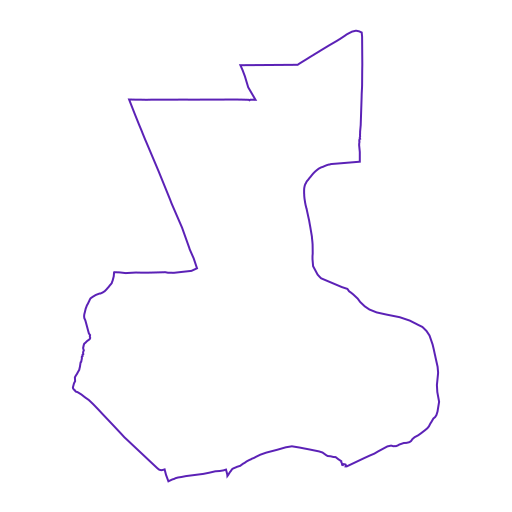 Kota Tanjung Balai, Sumatera Utara, Indonesia
{"feature_id": "22746128B91306693093612", "entity_name": "Kota Tanjung Balai", "entity_type": "district", "adm_level": 2, "iso_a3": "IDN", "parent_name": "Indonesia", "parent_adm1": "Sumatera Utara", "projection": "mercator", "projection_center": [99.797, 2.973], "detail": "fine", "context": "isolated", "style": "outline", "palette": "violet", "viewbox_px": 512, "rotation_deg": 0, "n_neighbors": 0, "source": "geoboundaries", "source_scale": "gbopen_adm2", "svg_char_len": 5792}
<svg xmlns="http://www.w3.org/2000/svg" viewBox="0 0 512 512"><path d="M298.1,64.5L297.6,64.8L240.4,65.2L242.6,70.2L244.9,76.3L248.2,87.3L255.5,99.8L250.4,99.7L249.5,100.3L248.7,99.8L241.1,99.6L233.2,99.5L219.9,99.6L211.0,99.6L204.7,99.6L190.1,99.7L186.8,99.6L185.8,99.6L162.6,99.7L157.4,99.7L155.0,99.7L150.4,99.7L146.5,99.8L141.7,99.7L136.8,99.7L133.5,99.6L129.1,99.5L134.7,113.8L139.0,124.5L142.0,131.7L142.6,133.3L145.5,140.4L145.8,141.0L158.7,171.5L170.1,199.6L171.5,203.3L181.9,227.3L182.0,227.5L189.2,247.7L189.7,249.3L191.4,253.2L193.7,258.4L197.0,268.3L191.4,270.9L191.2,270.9L181.1,272.0L174.0,272.8L167.8,272.7L165.3,272.2L150.9,272.6L145.7,272.7L137.6,272.6L136.4,272.5L125.6,273.1L119.7,272.4L114.2,272.2L114.1,272.3L113.7,276.6L113.4,277.5L113.4,277.8L113.2,278.4L112.6,280.7L112.2,281.6L111.7,283.2L111.2,283.8L111.0,284.1L109.9,285.3L108.7,286.9L107.6,288.1L106.4,289.5L105.1,290.8L104.6,291.3L103.4,292.0L102.7,292.5L100.7,293.4L100.5,293.5L99.6,293.5L98.3,294.0L97.2,294.4L96.7,294.6L95.5,295.1L94.1,296.0L93.5,296.3L92.0,297.3L90.6,298.3L89.9,299.4L89.3,300.8L88.6,302.2L87.9,303.7L86.9,305.4L86.4,306.8L85.7,308.6L85.3,310.3L85.1,311.0L85.0,311.6L84.6,313.1L84.3,314.3L84.1,316.1L84.3,318.1L85.3,320.3L85.9,322.4L88.2,331.0L88.9,333.5L90.1,335.1L89.8,336.2L90.0,337.1L90.2,337.9L89.9,338.8L89.1,339.6L88.5,340.1L88.1,340.3L87.7,340.6L87.2,341.0L86.6,341.5L85.5,342.7L85.2,342.9L84.2,343.7L84.0,344.6L83.7,345.2L83.6,345.3L83.6,345.6L83.6,346.1L83.4,346.6L83.3,346.9L83.3,347.4L83.1,347.9L83.2,348.4L83.4,349.2L83.5,349.5L83.7,349.9L83.7,350.0L83.8,350.5L83.6,350.8L83.2,351.9L83.1,352.3L83.1,353.3L83.3,354.1L83.2,354.2L83.0,354.4L82.9,354.5L82.5,354.8L82.5,355.4L82.6,356.1L82.3,356.4L82.1,356.5L81.9,356.6L81.8,357.0L81.8,357.5L81.9,358.1L81.8,359.0L81.6,359.7L81.3,361.4L81.1,362.0L80.7,362.2L80.5,362.9L79.9,367.0L79.8,367.3L79.7,367.7L79.2,369.9L77.5,372.8L77.3,373.4L75.9,375.5L74.9,377.3L75.1,381.2L74.0,383.3L73.9,383.7L72.9,387.4L73.0,387.8L73.1,388.5L74.2,389.9L75.0,390.4L75.2,391.0L75.4,391.2L76.0,391.7L77.5,392.1L81.4,394.5L84.3,396.8L85.9,398.0L86.7,398.5L87.2,398.9L88.7,399.9L92.9,403.9L93.5,404.5L98.9,410.1L102.4,413.9L113.6,425.7L121.2,433.8L124.4,437.3L127.0,439.7L157.1,468.0L158.9,469.5L159.9,469.9L161.4,470.2L163.0,469.9L164.6,469.4L166.0,474.8L168.4,481.3L172.4,479.4L174.2,478.9L175.5,478.2L178.0,477.5L181.4,477.0L185.9,476.1L197.7,474.6L203.3,473.9L209.3,472.7L215.3,471.3L219.8,471.0L223.4,470.4L226.0,469.6L226.2,470.4L226.4,471.2L226.7,472.2L226.9,473.0L227.1,473.9L227.3,474.7L227.4,476.0L228.3,474.8L228.8,473.9L229.5,472.8L230.0,472.0L230.8,471.1L231.3,470.3L231.8,469.6L232.3,469.0L232.8,468.7L233.5,468.3L234.4,468.0L235.2,467.6L236.0,467.3L236.8,466.9L238.0,466.5L239.6,466.0L240.3,465.8L241.0,465.2L241.7,464.7L243.2,463.6L244.4,463.0L245.3,462.4L246.2,461.7L247.0,461.2L249.7,459.8L250.3,459.6L250.8,459.4L251.4,459.0L251.9,458.7L253.8,458.0L254.8,457.5L255.6,457.0L260.3,454.7L264.0,453.4L266.3,452.6L277.1,449.8L285.8,447.3L291.9,446.3L299.9,447.6L303.9,448.4L307.1,449.0L310.2,449.6L319.0,451.4L322.5,452.5L326.1,455.1L327.6,456.0L330.7,456.3L333.4,457.0L335.6,457.1L338.3,459.2L341.3,461.2L341.3,462.2L342.0,463.5L342.1,464.8L342.9,465.1L343.7,464.1L345.5,464.5L345.9,465.2L345.9,465.3L345.6,466.4L346.7,466.4L350.1,464.8L364.2,458.1L369.9,455.5L374.4,453.6L378.1,451.4L387.4,446.4L391.1,445.6L393.3,446.2L396.1,446.1L397.7,445.5L399.4,444.5L400.9,444.0L403.8,443.0L406.3,442.9L408.5,442.4L409.4,442.1L409.5,442.1L411.1,441.0L412.4,439.1L414.6,437.2L418.2,435.3L421.4,433.0L421.9,432.6L424.9,430.3L427.3,428.3L428.9,426.4L430.1,424.0L430.8,422.8L431.0,422.6L433.4,418.5L435.1,417.1L436.4,415.1L437.5,411.6L439.1,401.8L437.3,392.0L436.9,385.0L438.0,374.1L438.1,372.5L437.6,366.8L435.3,356.5L435.3,356.3L434.8,354.2L433.8,349.5L433.4,347.8L433.3,347.4L432.6,344.5L431.0,339.8L429.5,335.5L426.7,331.3L426.6,331.1L424.1,328.6L422.9,327.4L422.6,327.2L422.3,326.9L417.6,324.6L416.3,323.9L413.5,322.5L409.8,320.6L399.7,317.2L386.6,314.6L376.6,312.4L369.4,309.5L364.7,306.3L360.6,302.4L360.1,301.9L357.7,298.6L353.2,294.4L351.1,292.7L349.1,291.3L347.4,288.9L341.9,287.1L321.1,278.3L320.7,277.9L319.5,276.7L317.6,274.6L313.1,266.2L312.9,263.8L312.6,260.3L312.5,259.3L312.5,257.2L312.5,256.1L312.7,253.8L312.7,252.0L312.6,244.5L312.4,241.9L312.1,239.0L312.0,238.3L311.9,236.6L310.4,227.7L309.5,222.7L309.1,220.4L309.0,219.9L308.8,219.1L308.1,215.9L306.7,209.4L306.7,209.1L306.5,208.5L306.3,208.0L306.0,206.6L305.7,205.5L305.6,205.1L305.0,202.0L305.0,201.6L304.9,201.2L304.5,198.6L304.3,196.6L304.2,195.2L304.2,194.8L304.2,194.1L304.1,193.4L304.1,192.3L304.1,191.2L304.1,190.7L304.1,190.2L304.2,188.4L304.3,187.7L304.6,186.3L304.6,186.2L304.9,185.1L305.4,183.9L305.6,183.6L305.9,183.2L306.1,182.6L306.3,182.3L306.4,182.0L307.0,181.1L307.2,180.8L308.0,180.0L308.4,179.4L308.6,179.2L308.9,178.8L309.2,178.4L309.7,177.7L310.3,177.1L311.0,176.2L312.2,174.7L313.4,173.3L315.2,171.5L316.5,170.4L318.4,168.9L318.8,168.6L319.6,168.2L321.1,167.4L323.0,166.8L324.5,166.1L326.7,165.2L328.3,164.7L328.6,164.6L329.4,164.5L329.8,164.5L330.2,164.3L330.8,164.1L331.7,164.0L336.8,163.6L359.8,161.7L359.8,152.1L359.1,144.8L359.2,144.5L359.2,143.7L359.2,143.3L359.3,142.8L359.3,142.7L359.5,141.9L359.2,141.0L359.4,140.3L359.4,139.5L359.7,139.0L360.1,138.8L359.8,138.1L359.8,137.3L360.1,136.6L360.0,134.8L360.1,133.4L360.1,131.7L360.7,125.2L361.6,97.7L361.7,93.7L361.9,89.9L362.0,88.2L362.1,85.1L362.2,70.9L362.3,64.5L362.1,36.7L361.7,32.5L359.0,31.3L356.0,30.7L352.1,31.6L348.0,33.7L347.9,33.8L346.7,34.4L345.2,35.5L341.0,38.3L340.6,38.5L340.4,38.7L340.0,39.0L339.4,39.3L337.0,40.8L332.7,43.3L328.9,45.5L326.6,46.9L321.8,49.8L309.7,57.2L307.5,58.6L305.9,59.6L302.3,61.8L298.9,63.9L298.7,64.1L298.1,64.5Z" fill="none" stroke="#5b21b6" stroke-width="2"/></svg>